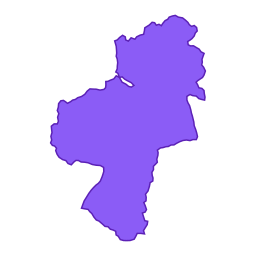 Quatis, Rio de Janeiro, Brazil (Robinson projection)
{"feature_id": "56859067B6635113522171", "entity_name": "Quatis", "entity_type": "district", "adm_level": 2, "iso_a3": "BRA", "parent_name": "Brazil", "parent_adm1": "Rio de Janeiro", "projection": "robinson", "projection_center": [-44.235, -22.362], "detail": "fine", "context": "isolated", "style": "filled", "palette": "violet", "viewbox_px": 256, "rotation_deg": 0, "n_neighbors": 0, "source": "geoboundaries", "source_scale": "gbopen_adm2", "svg_char_len": 2887}
<svg xmlns="http://www.w3.org/2000/svg" viewBox="0 0 256 256"><path d="M114.7,40.9L116.2,46.2L116.5,49.8L116.7,53.2L116.2,56.3L117.2,58.9L117.7,62.7L117.3,66.1L117.2,68.9L115.8,72.0L117.9,73.3L119.4,77.4L116.2,75.8L113.8,78.9L110.3,80.2L108.1,81.3L105.8,81.5L105.9,84.9L105.6,87.7L103.9,89.4L100.0,90.1L96.3,89.2L93.2,89.1L89.9,88.9L87.2,91.1L84.8,94.3L81.5,96.5L77.7,97.7L75.4,99.4L72.6,100.1L70.7,101.6L67.5,103.3L65.4,101.7L63.4,100.4L60.8,100.8L58.6,103.6L58.3,107.2L57.3,110.5L58.8,113.6L57.6,117.2L58.4,121.2L57.3,123.9L54.1,123.9L51.3,126.2L51.6,129.4L52.0,132.5L50.9,136.4L51.7,140.0L50.6,142.9L52.4,145.4L54.6,146.0L56.5,148.2L55.7,150.6L57.1,154.3L59.1,157.3L62.6,159.6L65.9,160.6L68.0,163.5L71.3,164.8L73.9,162.0L75.9,160.4L78.5,160.5L81.1,162.0L84.6,162.2L88.2,162.8L92.3,164.5L96.1,165.2L100.3,165.5L103.6,167.4L103.8,171.4L103.0,174.1L102.1,176.8L100.3,181.1L98.3,183.4L96.1,185.0L93.5,187.6L91.2,190.2L88.9,193.3L86.7,196.9L84.2,200.9L82.7,204.9L81.5,208.2L84.5,208.8L88.1,209.4L89.8,211.7L91.8,213.5L94.0,217.2L96.3,220.0L98.9,221.0L102.3,223.9L105.0,226.4L108.0,226.7L110.3,229.2L113.3,230.1L115.7,231.3L116.1,234.9L118.2,236.2L120.3,239.6L123.6,240.5L126.3,240.6L130.1,240.5L134.2,239.2L135.8,236.3L137.2,233.4L140.9,233.4L144.5,233.9L143.5,230.6L144.9,228.3L147.2,224.6L147.7,221.3L144.8,220.7L143.7,217.3L142.4,213.0L145.1,212.1L146.5,209.6L145.2,205.7L143.8,202.5L146.0,200.9L146.2,197.3L145.5,194.2L148.0,191.0L149.4,186.4L150.1,182.7L152.8,181.0L153.0,178.0L152.2,175.4L151.9,172.4L153.5,169.6L153.4,166.3L155.6,164.1L157.3,162.3L156.8,159.2L157.9,155.3L158.1,152.6L157.4,150.1L160.5,147.9L163.0,147.6L165.8,146.7L168.3,146.5L171.0,145.0L174.0,144.9L176.4,143.4L179.7,141.7L182.9,140.5L186.4,140.0L190.0,140.6L192.9,139.6L196.3,139.6L197.5,136.7L196.7,133.0L195.7,129.6L194.2,125.7L193.8,121.9L193.1,119.1L192.3,115.8L191.4,113.0L190.8,109.9L189.6,105.7L188.0,102.9L186.9,100.0L186.9,96.4L190.0,94.5L192.6,95.6L196.3,96.1L198.8,98.6L201.4,99.4L204.6,100.1L205.0,97.1L204.3,93.5L204.0,90.5L201.9,88.4L198.9,87.8L197.5,84.5L196.1,82.2L197.8,80.6L199.9,79.2L202.5,77.5L204.0,75.1L205.4,71.0L203.6,67.2L201.7,64.9L202.3,62.2L202.0,59.4L202.9,56.7L204.1,53.4L201.0,51.8L199.1,49.1L196.3,47.5L193.5,45.8L190.5,45.9L188.2,44.8L187.7,41.5L189.9,40.2L192.0,38.6L194.2,36.0L195.3,33.0L197.2,31.0L196.6,27.5L194.2,25.5L191.6,26.4L189.3,24.7L187.9,22.4L185.5,20.2L182.6,17.9L178.3,17.1L175.3,15.4L172.4,16.0L169.2,17.1L167.7,19.3L165.1,20.6L163.1,23.0L161.3,25.7L159.0,24.3L156.3,25.2L154.6,22.7L152.1,22.3L149.3,25.0L146.9,26.5L144.8,27.8L144.4,30.8L143.6,34.3L140.2,35.1L136.7,36.8L134.9,39.2L131.1,37.8L128.3,41.1L125.7,39.9L125.3,36.9L122.6,35.3L119.6,37.5L117.3,39.9L114.7,40.9ZM119.4,77.4L122.2,76.9L124.6,79.1L126.6,80.3L128.9,81.5L131.3,82.7L133.9,85.4L131.4,87.1L128.6,86.4L126.0,84.2L122.1,82.2L119.4,77.4Z" fill="#8b5cf6" stroke="#5b21b6" stroke-width="1.5"/></svg>